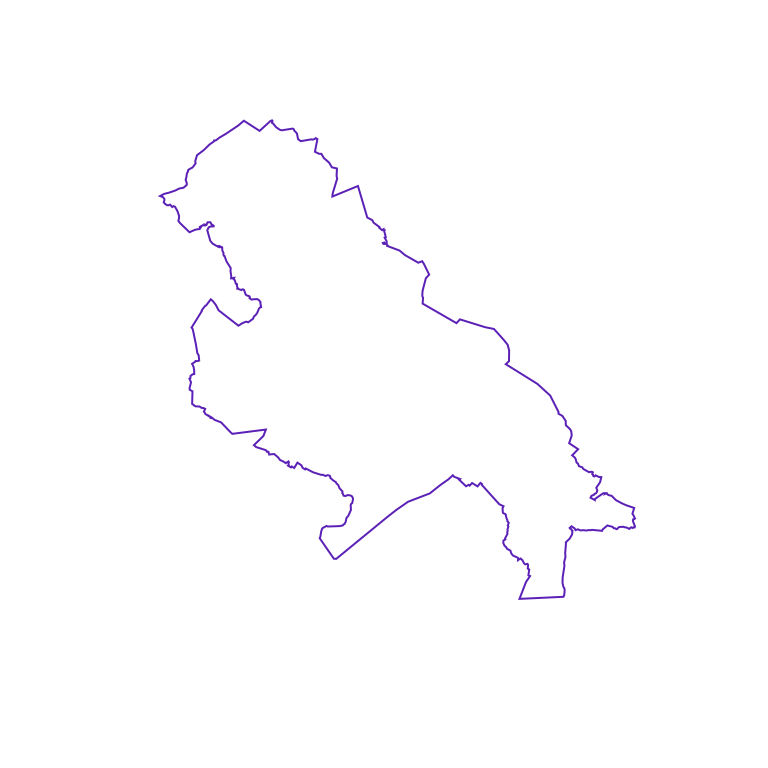 the district of Pátzcuaro, Michoacán, Mexico, rotated 211°
{"feature_id": "50627088B82364093582116", "entity_name": "Pátzcuaro", "entity_type": "district", "adm_level": 2, "iso_a3": "MEX", "parent_name": "Mexico", "parent_adm1": "Michoacán", "projection": "natural_earth1", "projection_center": [-101.631, 19.502], "detail": "fine", "context": "isolated", "style": "outline", "palette": "violet", "viewbox_px": 768, "rotation_deg": 211, "n_neighbors": 0, "source": "geoboundaries", "source_scale": "gbopen_adm2", "svg_char_len": 6156}
<svg xmlns="http://www.w3.org/2000/svg" viewBox="0 0 768 768"><g transform="rotate(211 384 384)"><path d="M639.7,537.5L642.1,530.4L648.2,517.4L651.8,510.7L653.7,506.0L655.0,505.3L654.7,504.4L657.0,499.2L658.9,491.8L662.1,483.8L660.6,477.8L659.1,476.1L659.6,471.1L661.9,467.1L662.0,466.2L661.4,465.0L661.5,463.8L661.1,462.2L659.9,459.5L659.2,456.9L656.5,454.6L655.6,453.0L657.0,448.9L660.3,446.0L662.5,442.4L666.7,437.4L670.3,433.8L672.7,429.8L670.1,430.3L667.8,429.7L667.0,428.7L666.3,426.2L664.6,425.7L662.2,425.5L660.9,426.1L659.7,427.6L656.7,426.6L656.0,428.1L654.5,428.3L650.2,425.9L646.1,422.4L644.9,420.0L644.3,417.9L641.8,416.9L628.9,413.9L625.6,418.6L623.5,420.7L621.8,421.8L621.7,423.9L622.4,423.2L622.8,423.8L621.1,426.8L619.4,427.5L620.0,428.3L618.1,428.9L618.5,431.7L616.2,433.2L614.3,432.1L611.4,431.9L611.2,431.3L613.5,430.0L614.9,428.1L614.7,424.8L606.7,417.3L603.3,416.1L598.7,416.1L597.2,416.7L596.8,416.2L595.3,416.5L595.0,416.8L595.6,417.5L593.1,417.8L591.4,415.2L588.9,413.5L588.3,412.1L587.0,411.4L586.6,411.6L582.2,408.0L575.1,404.4L573.7,401.7L570.5,397.8L569.5,395.8L567.1,397.9L566.9,396.4L565.3,396.1L562.6,393.6L561.4,393.9L560.4,392.0L558.8,391.0L558.8,390.2L554.6,391.1L554.2,392.1L553.3,392.6L552.4,392.5L548.4,389.3L546.4,389.4L544.8,389.9L543.7,389.4L543.6,388.4L541.8,388.1L540.9,388.2L540.0,389.1L536.3,391.5L534.4,391.5L531.9,390.5L531.7,389.7L528.9,386.6L529.8,385.6L530.0,384.0L529.3,379.6L529.5,377.2L530.2,375.1L529.9,372.3L532.2,366.9L533.3,366.8L534.6,366.1L536.9,362.9L538.8,359.0L563.8,362.0L568.9,365.2L573.4,366.9L576.1,367.4L576.9,360.0L577.1,359.3L577.5,359.0L578.1,354.2L578.0,352.7L577.7,352.6L578.0,333.2L576.7,332.9L574.2,330.4L565.2,320.6L560.0,314.4L557.6,313.1L554.5,308.9L555.6,307.6L557.4,306.6L557.3,305.9L558.9,302.4L556.0,300.6L553.6,297.7L551.8,294.8L553.1,293.7L554.0,291.2L553.0,289.3L553.5,288.3L550.3,286.1L548.6,280.5L547.6,279.0L544.4,279.1L538.2,268.1L536.0,268.0L535.6,267.7L533.8,267.9L530.5,269.7L527.9,269.6L526.3,270.4L524.5,270.6L524.1,267.5L523.0,267.2L521.8,266.3L516.6,266.2L517.0,266.5L515.0,266.5L515.0,265.7L514.1,266.0L514.0,266.5L510.7,266.0L503.9,267.2L490.7,263.6L488.3,263.2L461.8,284.1L460.6,277.4L464.0,264.6L461.0,264.1L450.6,266.6L450.8,266.5L449.6,265.6L448.5,265.9L448.4,267.1L448.2,266.4L446.1,264.4L442.1,267.4L437.1,266.6L433.9,265.3L430.5,265.7L427.4,265.6L427.4,266.2L426.6,267.0L426.0,268.4L425.2,267.9L425.1,266.9L423.9,265.5L424.2,264.6L420.8,264.6L420.6,265.8L417.7,265.8L417.7,272.0L413.0,271.8L410.5,270.2L407.6,270.2L407.5,271.3L399.3,271.8L391.0,273.8L389.6,274.7L386.8,275.0L385.6,276.6L384.4,277.2L382.8,277.3L381.7,275.9L378.0,275.2L374.7,275.1L373.5,274.3L371.2,273.8L368.3,271.7L364.2,270.5L363.6,269.0L363.0,268.9L361.2,267.5L359.6,267.9L357.8,270.2L355.2,271.2L354.0,271.3L352.2,270.5L351.1,269.0L349.9,265.5L350.4,264.4L350.2,263.0L347.5,259.1L346.7,252.6L347.2,249.9L345.9,246.2L345.7,243.7L346.4,242.7L346.5,241.5L348.9,239.3L358.8,232.9L360.2,232.7L362.4,228.9L362.5,228.0L361.9,225.3L360.0,220.6L359.7,218.7L337.0,208.4L334.9,209.5L312.5,272.2L308.5,282.6L302.7,295.5L288.4,313.8L283.6,326.6L279.7,335.4L278.0,341.2L276.1,340.6L270.0,341.7L270.5,340.7L261.0,338.6L259.5,341.2L258.2,341.0L257.5,344.5L251.1,344.4L250.4,348.9L248.4,348.7L248.2,347.9L223.2,340.3L218.6,340.8L218.4,338.6L216.3,335.5L215.3,334.7L213.2,335.0L212.1,334.6L211.9,334.1L209.8,332.0L208.1,330.8L207.5,329.9L205.6,329.3L205.0,326.4L204.0,325.9L203.2,322.8L202.3,321.8L202.0,320.3L201.0,319.1L200.7,313.9L199.9,313.3L201.0,311.3L199.8,309.1L197.1,307.3L195.6,307.2L193.6,306.1L189.9,306.3L187.4,304.2L185.0,303.4L179.9,304.0L179.2,303.6L178.4,302.1L177.2,304.7L176.7,304.8L176.0,304.4L174.8,304.4L171.6,302.4L170.4,302.1L169.7,302.4L168.7,303.6L168.0,303.6L167.4,303.3L165.7,299.8L164.0,299.8L161.7,294.4L159.9,294.6L160.3,287.4L157.2,269.6L120.6,294.0L120.8,296.0L123.0,300.4L124.3,301.9L125.3,302.2L128.3,305.1L131.3,310.3L135.7,321.1L137.8,323.9L139.3,329.1L141.7,332.5L145.3,339.9L146.6,342.0L145.2,347.1L145.3,351.9L146.2,354.0L147.3,355.0L147.1,355.3L150.0,356.4L150.2,356.0L150.7,356.2L150.0,358.6L146.3,358.4L144.5,357.4L143.0,359.3L140.2,359.7L137.6,361.5L135.1,362.6L132.9,364.5L131.5,365.1L130.8,366.0L121.4,370.5L121.7,371.8L119.7,377.8L114.4,379.3L112.8,378.7L111.8,379.3L110.0,379.3L109.5,379.7L109.1,381.8L108.5,382.7L105.3,384.9L103.9,385.1L102.7,385.8L99.0,386.2L98.8,387.4L98.2,388.6L96.7,388.6L96.3,389.7L95.3,390.1L95.6,391.3L99.1,393.9L100.4,395.3L100.7,396.4L99.9,397.0L99.6,398.0L103.0,400.2L104.2,400.7L105.7,406.6L114.6,404.7L119.3,404.2L125.4,403.9L131.3,405.4L134.4,404.4L136.9,404.8L137.4,404.2L137.3,404.8L139.5,403.6L140.2,402.5L144.1,393.7L143.6,393.1L148.4,392.9L148.6,394.7L148.2,395.6L147.1,396.8L146.9,398.3L146.0,399.5L145.9,400.8L146.3,402.6L148.6,404.4L148.2,411.1L149.8,416.1L151.8,415.0L155.6,414.7L155.9,413.2L156.3,413.0L157.3,413.0L158.1,413.9L159.2,414.1L159.4,415.7L159.8,416.0L160.9,415.7L162.9,414.0L169.3,413.8L171.0,414.7L174.6,414.0L176.8,415.7L178.4,415.8L181.2,418.5L182.5,419.2L186.0,419.8L184.0,428.1L194.8,428.6L196.6,436.6L199.2,440.0L201.6,441.2L206.9,442.3L209.2,445.9L214.6,448.5L219.1,448.4L220.1,450.0L235.6,459.7L252.6,463.1L289.8,463.7L288.6,467.9L294.0,477.2L298.2,481.3L304.4,483.6L318.1,487.8L326.5,484.8L352.2,478.5L353.2,473.5L392.3,472.8L394.9,478.0L396.4,479.1L397.3,480.5L399.0,484.0L402.6,496.2L401.6,501.0L411.5,507.4L414.5,508.9L417.1,505.6L432.5,505.3L439.4,506.4L452.4,504.0L452.5,504.8L454.0,505.3L456.7,503.8L457.6,504.3L456.7,505.4L455.9,505.0L454.2,506.0L455.2,507.7L458.8,509.8L458.1,510.8L462.5,515.1L462.7,516.1L463.5,515.7L464.1,516.5L464.8,514.9L468.6,515.5L468.7,516.2L476.0,516.9L478.4,518.4L484.1,518.1L508.3,540.3L524.8,518.1L526.1,520.8L529.9,535.9L531.8,537.9L535.3,544.5L540.3,542.9L545.1,545.5L551.9,546.7L556.2,549.0L558.2,547.9L562.8,547.5L567.2,559.6L569.2,559.6L569.7,558.1L571.1,556.7L572.5,556.1L580.4,549.3L583.7,549.6L587.3,553.5L588.1,554.1L591.2,554.9L592.8,556.0L593.8,555.9L602.3,548.8L604.0,548.3L608.6,548.5L613.3,550.2L614.4,550.1L614.8,550.7L615.0,552.0L615.8,552.3L616.8,550.9L621.0,536.9L639.7,537.5Z" fill="none" stroke="#5b21b6" stroke-width="2"/></g></svg>